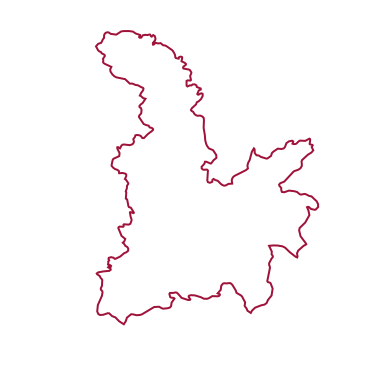 Jharkhand, Natural Earth projection, rotated 283°
{"feature_id": "IND-3256", "entity_name": "Jharkhand", "entity_type": "State", "adm_level": 1, "iso_a3": "IND", "parent_name": "India", "parent_adm1": "", "projection": "natural_earth1", "projection_center": [85.779, 23.655], "detail": "fine", "context": "isolated", "style": "outline", "palette": "rose", "viewbox_px": 384, "rotation_deg": 283, "n_neighbors": 0, "source": "natural_earth", "source_scale": "10m", "svg_char_len": 6050}
<svg xmlns="http://www.w3.org/2000/svg" viewBox="0 0 384 384"><g transform="rotate(283 192 192)"><path d="M47.8,155.3L49.7,150.0L52.6,145.6L53.1,142.1L55.2,138.5L54.9,137.1L52.4,133.1L51.5,130.0L52.0,128.2L54.3,126.5L60.7,125.7L70.6,127.6L74.0,127.4L75.1,127.0L76.4,125.2L77.7,124.8L80.3,125.4L85.9,124.4L86.9,123.6L87.7,122.3L89.3,121.1L90.6,118.0L91.2,117.5L92.6,118.7L94.6,123.3L96.6,129.2L98.0,130.3L99.0,129.8L99.7,127.2L100.5,127.6L100.8,129.6L101.8,129.8L102.3,128.8L102.3,126.7L102.6,126.4L104.0,126.5L105.4,126.0L106.8,126.7L107.9,125.7L109.1,125.7L110.3,127.8L110.3,130.3L109.5,131.7L109.7,132.4L112.9,136.5L117.2,139.7L118.5,141.6L120.4,143.0L122.6,142.6L123.9,141.2L124.5,139.2L126.0,137.8L127.0,136.0L128.5,137.1L131.3,137.5L133.3,133.3L140.3,128.3L141.2,128.4L142.0,129.2L142.6,132.7L143.1,133.1L144.7,132.6L145.2,132.9L146.0,137.7L147.2,139.1L150.5,139.5L151.8,139.2L154.0,137.8L158.1,136.1L158.5,136.3L158.6,136.9L158.2,139.5L158.6,140.0L159.1,139.8L163.0,135.9L163.1,134.0L163.8,133.3L170.1,130.5L170.7,129.0L176.7,128.1L177.7,127.3L180.7,127.7L183.5,127.3L185.7,128.1L186.3,127.9L188.2,125.9L189.3,124.6L189.6,123.7L192.2,124.3L193.7,124.2L194.5,123.7L194.9,122.8L194.9,120.0L193.9,116.8L196.0,116.0L196.8,114.3L197.0,112.0L197.8,110.0L199.3,107.9L200.1,107.6L205.5,107.5L206.7,108.0L210.6,113.0L213.6,112.7L217.3,109.6L218.7,109.1L219.1,109.9L218.3,112.0L221.3,112.8L222.4,113.6L223.0,115.0L223.6,120.7L224.8,122.8L226.0,123.8L227.2,124.1L228.3,124.0L230.3,122.9L232.8,124.0L234.5,124.1L235.2,125.6L235.4,128.0L235.1,129.4L233.4,131.5L233.7,133.0L238.6,136.0L242.5,139.3L243.9,140.1L244.6,139.9L245.4,138.4L245.4,136.2L246.9,134.8L246.9,132.2L247.4,129.6L253.2,123.4L254.6,123.4L257.2,124.8L260.6,124.4L262.2,123.5L262.8,121.9L263.9,121.4L265.6,122.2L267.6,123.9L272.4,125.7L272.5,123.2L274.0,120.7L274.2,119.5L276.9,120.1L280.2,121.5L282.0,121.4L282.5,120.7L282.7,119.1L283.8,115.3L283.6,112.9L284.2,109.5L283.6,107.0L286.9,101.5L286.7,92.4L287.4,90.1L288.8,87.8L291.0,85.5L293.0,84.7L295.8,85.3L297.1,78.8L297.7,77.0L298.4,76.2L300.6,75.9L301.7,75.3L304.9,76.5L306.0,75.9L306.8,72.8L307.9,71.7L308.2,70.0L308.9,68.7L312.3,65.7L315.2,67.2L317.0,70.0L320.9,70.9L322.2,71.6L325.1,71.1L326.5,71.4L327.8,72.2L328.7,74.0L328.7,75.0L327.8,77.1L328.3,82.8L332.6,87.0L333.5,89.5L334.7,94.8L335.0,98.4L333.8,101.4L333.3,106.1L332.5,106.2L331.4,105.6L330.9,105.7L330.6,106.4L331.0,107.8L333.5,108.7L334.6,110.9L334.9,113.3L335.9,115.1L335.9,115.8L334.5,117.1L334.3,117.8L336.2,118.9L335.5,120.7L333.0,122.0L331.4,121.9L328.8,120.5L327.9,120.4L326.8,121.0L327.4,121.9L329.2,122.8L329.1,125.5L330.0,128.0L328.5,130.8L328.7,132.9L328.4,134.2L325.8,140.6L325.0,141.8L323.2,143.5L321.6,144.7L319.4,145.5L318.9,146.2L318.9,149.0L320.3,149.0L320.7,149.3L321.4,150.7L321.3,151.8L320.6,152.3L317.0,152.4L316.3,155.6L315.7,157.0L315.1,157.4L314.4,157.3L312.2,155.4L310.9,155.4L310.4,155.9L310.6,161.7L310.4,162.4L308.5,164.4L307.7,164.6L304.6,164.1L300.9,165.8L300.2,165.3L299.8,162.7L299.0,161.7L294.4,162.8L293.8,163.8L295.4,165.9L295.7,167.4L297.0,168.5L297.5,170.4L296.9,172.3L295.4,173.1L294.8,177.2L293.8,177.5L292.5,175.8L288.7,175.1L288.2,175.9L288.3,176.5L289.9,178.2L290.3,179.3L290.0,180.3L287.9,180.8L284.6,179.9L281.9,178.1L280.5,176.5L278.2,176.2L273.6,173.0L271.7,172.5L270.9,173.3L270.4,175.1L268.6,176.8L267.8,178.3L267.5,180.1L268.3,182.8L268.0,184.8L266.9,186.7L264.6,187.5L257.1,188.9L250.6,191.6L245.3,193.3L242.2,194.9L240.3,196.3L238.3,198.6L237.5,203.1L233.5,207.3L230.7,208.1L227.9,205.9L224.2,204.3L223.9,203.7L224.7,199.3L224.4,197.8L222.5,197.8L218.7,195.7L217.2,196.1L216.4,197.3L216.3,198.3L217.2,201.5L216.5,202.7L206.7,204.3L205.2,205.3L205.0,207.3L206.2,209.1L206.5,209.4L208.5,209.2L209.6,210.1L208.9,212.0L208.7,214.6L206.3,218.4L205.6,220.2L205.4,221.9L206.0,223.4L208.1,225.7L209.2,229.3L212.6,228.0L215.1,228.4L216.4,229.1L217.5,230.1L225.3,239.5L227.5,241.2L230.1,240.1L232.8,240.1L236.2,241.0L244.8,241.3L248.4,242.5L247.7,243.4L244.2,244.3L242.3,246.5L242.6,248.7L241.7,251.2L241.3,256.8L241.6,257.9L245.0,260.9L247.9,261.1L249.5,262.1L253.5,265.8L254.0,269.4L255.1,271.6L256.9,272.5L260.8,273.0L263.2,275.1L264.3,277.5L264.5,278.5L263.9,279.3L261.7,279.0L261.5,280.0L261.9,281.8L262.6,282.8L265.4,284.6L266.4,285.8L267.3,290.9L270.4,294.4L270.2,295.0L269.2,295.5L265.3,295.8L265.0,296.3L265.0,298.6L264.7,299.1L262.6,298.6L259.9,300.8L257.3,299.5L254.5,296.6L247.8,292.0L246.2,291.9L243.8,292.8L241.8,293.1L239.5,292.3L237.4,290.3L235.6,287.3L234.6,286.3L222.8,279.5L220.4,276.0L218.8,275.2L217.6,275.8L216.1,278.0L214.1,278.5L212.3,279.5L212.5,281.9L215.2,286.2L215.8,291.9L215.6,294.5L214.1,297.4L214.0,298.8L215.4,302.0L215.5,303.1L214.5,307.2L214.6,309.4L211.0,315.6L208.5,317.6L205.7,318.3L202.6,316.4L202.3,315.6L202.2,311.9L203.6,309.3L203.7,308.4L203.1,307.5L200.2,309.6L195.9,311.6L187.7,309.2L181.2,305.0L178.8,305.0L173.3,307.7L167.5,314.6L166.7,315.1L164.6,312.8L158.9,308.7L155.9,308.1L152.9,309.3L151.9,309.2L152.2,307.6L155.3,300.9L158.7,295.3L159.4,292.3L159.1,287.5L158.3,283.5L156.9,279.2L152.0,283.1L149.2,283.6L147.8,285.1L146.9,285.4L145.0,284.5L140.1,283.2L138.1,283.6L137.4,284.3L135.8,285.0L122.1,285.4L121.3,286.2L121.2,288.2L120.8,289.1L116.0,292.3L109.0,292.8L103.9,290.3L100.6,289.7L98.6,288.0L97.2,285.0L93.5,279.5L89.8,277.1L87.4,276.5L88.8,272.7L90.5,271.6L92.9,268.9L96.4,268.6L101.4,264.3L102.2,263.1L103.8,258.0L105.9,256.8L110.7,252.1L111.7,250.3L111.8,249.5L110.5,245.4L110.4,243.9L109.6,242.7L107.3,241.6L103.2,242.0L99.0,239.8L98.6,242.1L97.8,242.3L97.0,241.9L96.2,240.7L95.1,235.2L92.3,232.3L91.3,230.6L90.7,227.5L91.5,224.2L91.9,218.2L91.3,214.5L90.5,212.7L89.8,212.2L89.0,212.4L87.0,214.5L86.4,214.2L85.9,212.6L86.5,205.7L89.8,201.1L90.5,199.7L90.5,198.7L89.4,196.3L88.7,193.2L87.6,192.9L84.7,194.4L84.4,195.5L84.7,198.0L84.2,198.9L79.7,197.0L76.1,197.3L74.5,196.5L73.3,194.5L71.9,190.4L71.8,189.2L72.8,185.7L71.4,181.0L61.6,170.8L60.6,169.2L59.5,165.9L59.5,161.9L59.2,160.2L55.0,156.9L51.1,156.5L47.8,155.3Z" fill="none" stroke="#9f1239" stroke-width="2"/></g></svg>